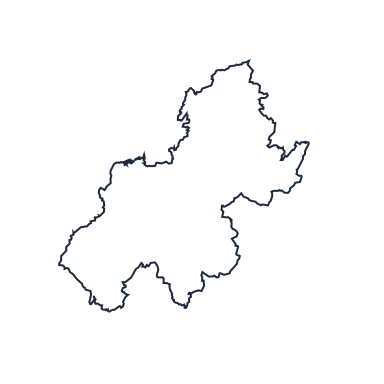 outline of Ballymote-Tobercurry Lea-7, Sligo, Ireland, rotated 293°
{"feature_id": "5873133B63806445794843", "entity_name": "Ballymote-Tobercurry Lea-7", "entity_type": "district", "adm_level": 2, "iso_a3": "IRL", "parent_name": "Ireland", "parent_adm1": "Sligo", "projection": "albers", "projection_center": [-8.685, 54.105], "detail": "fine", "context": "isolated", "style": "outline", "palette": "slate", "viewbox_px": 384, "rotation_deg": 293, "n_neighbors": 0, "source": "geoboundaries", "source_scale": "gbopen_adm2", "svg_char_len": 6033}
<svg xmlns="http://www.w3.org/2000/svg" viewBox="0 0 384 384"><g transform="rotate(293 192 192)"><path d="M281.7,147.2L279.0,149.1L276.6,148.8L274.3,149.7L270.3,149.0L268.7,149.8L268.8,150.4L266.0,149.2L264.6,149.9L263.0,149.1L261.3,149.2L261.3,150.9L260.7,151.3L259.8,150.4L259.0,150.8L256.7,149.5L253.1,150.6L252.8,150.8L253.9,153.4L253.3,153.7L253.6,154.5L262.1,156.4L260.8,157.0L260.9,158.0L256.7,159.0L257.4,160.1L257.4,161.2L256.3,161.9L254.3,161.9L251.5,157.6L248.5,157.9L249.2,159.7L249.0,161.1L250.4,162.4L249.8,164.2L247.0,163.0L246.9,165.0L244.3,164.2L243.5,165.3L241.6,166.0L239.4,163.3L236.8,163.3L235.2,161.0L231.5,160.6L229.0,161.5L226.2,160.4L224.9,160.8L223.6,159.4L226.0,158.0L224.8,158.0L224.4,155.5L222.2,154.2L220.8,155.0L221.0,155.7L220.3,157.7L218.0,158.9L217.1,160.5L215.3,160.7L215.1,161.6L213.6,161.2L210.7,162.0L209.1,159.6L209.8,156.3L206.5,153.0L205.1,147.8L201.6,147.8L199.4,143.3L199.6,142.8L198.1,140.7L198.6,137.8L199.5,137.3L199.6,136.4L200.4,137.5L201.3,137.1L202.2,135.3L204.7,135.3L207.7,133.3L203.6,133.6L203.4,130.1L202.9,130.4L202.9,129.7L202.0,129.0L201.4,129.7L201.1,128.7L201.4,129.5L201.5,128.9L200.8,128.6L201.3,128.1L200.6,127.4L196.7,126.1L197.4,124.0L195.6,123.6L195.3,124.8L194.2,125.7L194.7,125.0L194.7,123.4L196.8,122.3L193.0,121.4L192.1,120.2L191.4,121.0L191.6,120.0L190.6,119.4L192.0,118.5L192.9,119.4L192.4,117.9L193.7,119.0L193.0,118.9L193.0,119.8L195.2,119.8L196.2,121.5L196.6,121.0L193.3,118.1L192.0,116.2L191.7,114.7L190.4,113.8L190.4,112.6L189.3,110.8L187.4,109.3L179.7,108.8L176.7,109.9L175.6,111.4L172.4,111.8L168.4,113.7L163.9,111.4L159.6,110.8L160.2,106.4L157.7,105.7L154.6,106.7L152.5,109.0L151.3,109.2L150.6,111.0L150.9,111.9L149.7,112.3L150.1,112.6L149.1,113.1L148.7,114.5L145.3,116.5L143.1,115.9L142.4,117.7L139.1,118.7L134.0,116.5L134.0,115.9L133.7,116.3L131.2,114.1L130.5,111.6L130.3,113.1L127.9,113.9L126.0,110.9L125.3,110.8L125.7,110.7L125.3,110.1L123.9,111.2L122.0,109.6L119.4,108.8L116.3,103.6L108.5,99.6L108.2,99.2L108.6,98.5L106.5,99.6L104.2,97.6L102.8,99.2L101.0,99.0L100.5,100.1L100.7,99.2L99.9,98.0L96.7,99.5L92.1,97.7L88.9,99.2L81.9,96.6L77.8,98.3L74.1,97.7L72.8,98.3L74.0,101.6L73.1,103.9L71.4,104.8L73.0,106.2L73.3,108.0L70.4,111.4L70.1,114.0L66.9,120.0L64.4,126.9L62.9,127.8L61.9,130.0L61.9,131.0L60.7,132.0L60.5,134.5L60.1,134.5L60.8,134.6L61.2,137.2L57.9,139.3L50.6,140.5L49.1,142.1L49.2,142.8L55.9,144.3L56.9,142.6L58.3,142.8L57.1,142.7L55.3,145.3L53.7,144.9L51.5,146.7L52.4,149.0L51.9,151.9L52.5,153.6L49.7,154.0L48.9,155.6L49.3,157.3L50.3,158.5L49.7,159.2L51.0,160.4L49.8,160.7L49.6,162.6L52.5,164.8L53.3,166.7L58.6,169.8L58.8,170.5L57.7,171.9L59.5,173.1L62.4,172.9L64.0,171.4L69.3,171.8L72.1,173.1L71.8,172.4L72.2,172.4L72.5,169.4L73.4,168.6L72.8,167.3L73.3,166.1L76.6,165.9L78.6,168.0L79.4,167.9L80.2,167.1L79.7,165.8L81.9,163.4L83.0,165.8L89.4,169.4L98.8,170.4L101.9,172.2L106.9,173.1L106.0,175.3L103.9,175.3L104.7,177.9L104.4,178.4L107.2,178.9L106.6,180.4L106.8,181.0L110.6,181.8L112.2,184.4L112.7,185.5L110.7,188.7L107.3,191.4L102.3,191.9L100.1,193.3L100.6,195.6L101.9,197.8L101.4,199.7L97.1,201.4L98.2,204.2L98.4,207.7L96.7,207.9L93.3,210.1L90.7,213.4L88.9,213.8L87.8,215.2L86.5,215.1L85.5,216.4L85.7,217.6L84.2,218.0L83.8,219.4L84.1,222.8L83.4,223.8L84.2,225.1L83.6,227.2L85.2,228.7L84.5,229.1L84.5,229.9L82.6,230.4L82.7,231.5L85.0,232.1L87.8,231.2L89.8,232.3L93.0,230.8L95.3,232.0L97.3,230.6L97.6,229.9L96.8,228.8L97.8,228.6L98.4,229.1L98.5,231.3L100.3,232.2L103.8,236.1L104.6,239.5L110.5,239.7L114.9,237.3L114.1,236.1L117.7,234.7L118.8,233.2L122.3,232.9L120.7,240.6L123.0,245.1L123.7,245.3L123.0,248.3L124.2,249.7L128.0,249.2L128.4,250.2L128.3,253.9L131.0,257.3L132.3,258.6L133.4,258.0L143.4,261.4L146.5,260.7L149.4,261.4L151.7,261.0L151.7,257.4L152.1,256.9L159.9,255.8L160.1,254.9L159.5,253.1L160.8,252.8L164.6,246.9L168.5,250.4L171.8,250.3L173.2,248.4L174.0,245.9L173.9,243.8L175.5,241.6L178.3,241.0L181.1,238.6L181.3,239.5L181.9,239.1L183.0,235.1L182.3,234.2L180.9,229.5L186.2,228.5L187.1,226.2L191.1,224.9L191.6,225.6L190.9,226.5L191.1,227.6L195.9,231.5L198.0,232.3L199.6,234.0L202.9,233.5L202.9,234.2L205.4,236.0L210.0,237.8L207.9,241.3L208.1,245.7L207.0,247.9L207.0,250.0L207.9,254.3L207.0,256.0L206.7,260.7L208.0,261.6L209.4,267.2L212.8,267.1L214.4,267.9L219.3,267.5L221.7,266.6L223.4,265.0L225.5,267.6L226.4,270.4L227.9,271.8L227.6,272.7L228.5,274.2L227.5,277.5L228.8,280.8L231.5,281.5L233.7,280.9L237.8,283.2L240.9,283.4L243.3,287.4L248.6,287.1L249.6,286.3L248.8,284.0L249.4,281.1L252.2,280.7L253.5,279.6L254.4,280.4L266.0,281.2L268.1,280.2L271.1,281.2L273.8,280.1L282.1,280.6L283.1,279.9L282.9,278.5L282.2,278.1L282.4,277.3L281.6,277.3L281.5,276.0L282.0,276.0L280.2,273.0L278.2,272.7L279.0,268.4L275.1,268.3L274.9,269.9L270.4,269.3L270.0,268.0L261.7,265.6L261.4,265.1L261.9,263.6L256.9,263.0L256.1,261.3L258.5,261.4L260.4,260.4L263.8,261.7L265.5,261.5L266.6,259.5L268.6,258.2L267.2,257.4L267.2,254.8L266.2,254.6L266.8,253.2L267.6,253.1L267.9,251.2L267.0,249.1L263.1,245.7L264.0,243.3L265.8,244.4L268.4,244.8L270.4,244.3L270.1,243.2L270.6,241.9L273.2,241.8L279.2,244.4L288.1,241.7L287.4,240.2L287.5,239.3L289.3,238.7L290.8,235.7L288.9,234.7L289.6,232.2L291.2,230.4L290.4,228.3L291.6,225.3L294.0,221.7L295.6,222.6L296.3,225.2L298.0,224.7L298.5,222.6L299.7,222.7L299.3,220.7L300.2,219.5L302.5,219.1L303.1,217.4L305.5,218.9L306.8,221.9L308.0,223.3L310.4,224.1L312.0,222.5L310.1,219.7L310.8,218.0L310.1,214.9L316.1,213.2L317.2,209.8L315.7,205.6L316.8,204.9L316.7,204.2L315.7,202.1L318.6,201.2L320.2,201.6L323.1,200.3L327.4,200.8L331.1,193.4L335.1,193.2L332.4,190.9L330.7,188.0L329.4,188.2L328.4,187.4L328.4,186.7L327.0,185.2L326.7,183.2L325.3,182.4L322.5,177.5L320.3,177.2L316.6,174.1L316.2,171.7L315.1,171.0L315.2,169.8L313.2,167.0L310.1,166.9L306.3,164.8L305.7,166.1L303.7,165.9L303.9,167.4L303.5,167.8L297.6,168.1L291.1,161.0L288.1,161.0L286.7,159.8L286.0,157.5L285.3,157.1L283.8,157.9L283.2,157.1L283.3,156.3L286.0,154.0L287.3,150.5L286.7,149.7L282.5,148.7L281.7,147.2Z" fill="none" stroke="#1e293b" stroke-width="2"/></g></svg>